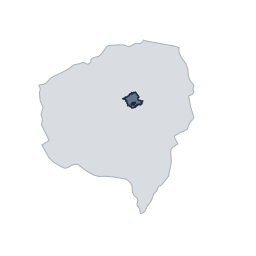 Shurugwi, Midlands, Zimbabwe (highlighted), rotated 241°
{"feature_id": "62879985B74735389049647", "entity_name": "Shurugwi", "entity_type": "district", "adm_level": 2, "iso_a3": "ZWE", "parent_name": "Zimbabwe", "parent_adm1": "Midlands", "projection": "natural_earth1", "projection_center": [30.229, -19.744], "detail": "fine", "context": "in_parent", "style": "filled", "palette": "slate", "viewbox_px": 256, "rotation_deg": 241, "n_neighbors": 0, "source": "geoboundaries", "source_scale": "gbopen_adm2", "svg_char_len": 4954}
<svg xmlns="http://www.w3.org/2000/svg" viewBox="0 0 256 256"><g transform="rotate(241 128 128)"><path d="M173.5,211.6L171.6,210.2L169.0,209.3L165.7,208.9L161.5,209.0L156.3,209.8L150.7,208.9L144.7,206.2L139.7,205.3L133.7,206.4L133.5,206.5L132.5,205.6L130.8,203.6L128.1,203.3L127.4,202.8L126.8,202.1L126.4,201.2L126.2,200.2L126.7,197.0L126.4,196.6L125.7,196.2L124.2,195.9L120.6,194.4L116.1,193.0L108.8,191.5L106.0,191.1L105.3,190.6L104.5,189.4L103.1,185.8L101.8,183.4L98.6,179.6L98.1,178.5L98.2,175.5L98.5,173.1L98.8,171.1L98.6,169.2L98.6,166.8L98.7,165.3L98.2,164.6L97.1,164.1L93.8,163.9L89.9,164.0L89.8,161.6L89.4,157.9L88.6,155.7L87.7,154.6L85.9,153.5L82.3,151.9L77.3,149.5L73.0,145.9L68.1,141.5L66.5,140.7L64.7,136.5L61.9,129.4L62.1,127.0L61.7,125.9L59.0,122.4L58.4,120.5L57.9,118.7L53.6,113.6L52.1,111.3L51.0,108.5L49.9,106.2L49.0,105.2L47.7,103.7L46.9,101.9L46.5,100.6L46.8,98.8L47.2,97.5L51.3,98.8L53.5,98.9L55.2,98.3L57.3,99.1L59.9,101.5L62.7,101.9L65.7,100.5L69.8,100.9L74.9,103.2L79.1,103.7L84.2,101.6L88.7,95.9L92.9,90.6L97.0,84.4L99.5,79.4L103.2,75.4L108.1,72.2L113.0,69.6L120.6,66.4L122.1,63.7L122.6,60.8L122.6,56.7L123.0,54.1L123.8,52.9L125.0,52.0L126.7,50.8L131.7,47.7L135.8,45.7L140.9,44.4L146.5,44.4L151.9,44.4L155.0,44.4L155.0,48.3L155.3,52.7L155.8,53.1L159.9,53.2L166.4,53.5L172.6,53.8L176.6,57.0L178.0,57.6L182.1,58.5L187.4,63.8L193.8,64.3L198.2,66.0L202.0,67.8L204.3,70.0L205.7,70.5L207.6,70.6L208.6,70.8L208.4,72.4L207.1,75.0L207.2,78.9L209.0,84.1L209.2,88.7L208.6,96.8L208.6,104.7L208.8,107.5L209.1,109.4L209.5,110.4L209.4,111.5L208.3,114.8L207.4,118.3L207.4,119.7L207.1,120.7L206.4,121.5L203.7,123.1L203.2,124.1L203.2,125.9L203.5,127.4L204.6,128.0L205.8,128.8L206.3,130.0L206.3,131.2L205.9,133.4L204.8,137.0L205.9,141.2L207.1,143.9L208.8,147.1L209.5,149.0L209.5,150.4L209.2,151.8L206.6,157.5L204.7,161.1L202.5,164.9L199.5,167.3L198.7,168.5L198.4,169.8L198.5,172.6L198.3,175.7L195.7,180.3L197.3,184.2L197.0,184.6L196.1,185.2L192.4,189.6L188.7,194.2L185.9,197.5L182.8,201.2L179.4,205.5L176.4,209.1L173.5,211.6Z" fill="#d9dde1" stroke="#a8b0b8" stroke-width="1"/><path d="M150.0,139.1L149.7,139.3L149.3,139.3L148.9,139.3L148.6,139.1L148.3,138.9L148.2,138.8L147.6,138.7L147.4,139.4L147.0,140.1L146.5,139.9L146.2,140.1L145.7,140.4L145.4,140.9L145.2,140.9L144.7,140.9L143.7,141.0L143.5,141.3L143.4,141.5L143.1,142.5L143.2,143.1L142.9,143.8L142.8,144.0L142.9,144.4L142.7,144.4L142.7,144.5L142.8,144.7L142.9,144.8L142.8,145.0L143.0,145.3L143.1,145.2L143.1,145.3L143.2,145.2L143.2,145.3L143.2,145.5L143.3,145.6L143.5,145.6L143.5,145.8L143.7,146.0L143.6,146.3L143.6,146.5L143.5,146.8L143.4,146.9L143.4,147.0L143.4,147.3L143.5,147.3L143.4,147.4L143.4,147.5L143.4,147.9L143.3,148.1L143.3,148.3L143.4,148.5L143.2,148.8L143.3,148.8L143.2,148.9L143.2,149.0L143.3,149.1L143.2,149.3L143.3,149.3L143.4,149.5L143.5,149.6L143.3,149.7L142.2,150.2L142.4,150.8L142.5,151.0L142.5,151.5L142.5,152.1L142.9,152.2L143.1,152.2L143.5,152.2L143.9,152.3L144.0,152.2L144.1,152.3L144.0,153.5L144.4,153.8L144.6,153.9L145.4,152.3L146.2,152.1L146.3,151.8L146.4,151.6L146.7,151.2L147.4,150.6L147.7,150.5L148.3,150.7L148.6,150.7L149.1,150.9L149.7,151.1L149.7,151.3L149.6,151.5L149.7,151.8L149.6,152.0L149.6,152.3L149.7,152.5L151.3,152.5L151.3,152.4L151.7,152.3L151.9,152.3L152.6,152.2L153.3,152.1L153.7,152.0L154.1,152.1L155.7,151.9L155.7,151.2L155.6,150.9L155.6,150.7L155.9,150.6L156.0,150.6L156.1,150.4L156.1,150.5L156.2,150.4L156.2,150.2L156.3,150.2L156.4,149.9L156.5,149.8L156.5,149.7L156.4,149.7L156.2,149.5L156.3,149.4L156.2,149.3L156.1,149.2L156.0,148.9L156.3,148.7L156.2,148.7L156.2,148.4L156.3,148.3L156.3,148.2L156.2,148.1L156.3,148.0L156.5,148.0L156.5,147.9L156.4,147.8L156.5,147.8L156.5,147.7L156.7,147.3L156.7,147.2L156.6,146.8L156.7,146.7L156.8,146.5L156.9,146.4L156.8,146.2L156.7,146.1L156.7,145.9L156.5,145.7L156.4,145.7L156.4,145.4L156.2,145.3L156.1,145.2L156.2,144.8L156.2,144.7L156.0,144.4L155.9,144.3L155.8,144.2L155.9,143.9L155.9,143.7L155.9,143.4L155.8,143.2L155.9,142.8L155.9,142.7L155.8,142.4L155.8,142.1L155.7,142.0L155.8,141.8L155.8,141.6L155.8,141.4L155.7,141.2L155.6,140.9L155.6,140.7L155.7,140.4L155.8,140.4L155.7,140.3L155.9,140.3L155.9,140.2L156.0,140.2L155.9,140.0L155.8,139.9L155.9,139.6L155.9,139.4L155.9,139.2L156.0,138.8L156.0,138.7L155.9,138.5L156.0,138.5L156.1,138.4L156.1,138.1L156.2,137.9L156.0,137.7L155.2,138.5L154.5,139.2L153.7,139.7L153.3,139.8L152.7,139.1L151.9,139.7L151.9,139.8L151.5,139.7L151.0,139.5L150.0,139.1ZM145.2,144.3L145.6,144.2L145.9,143.6L146.0,143.5L146.0,143.3L146.7,142.5L146.6,142.4L147.3,142.3L147.3,143.3L147.5,143.3L147.3,143.4L147.3,144.0L147.0,144.2L147.3,144.3L147.4,144.6L147.7,144.7L147.9,144.6L147.8,144.9L147.7,145.0L147.5,145.3L147.4,145.4L147.4,145.5L147.3,145.8L147.2,145.9L147.2,146.0L147.0,146.8L146.7,146.8L146.8,146.6L146.7,146.5L146.5,146.8L146.2,146.7L146.2,145.7L145.9,145.3L145.7,145.2L145.7,144.5L145.2,144.5L145.2,144.3Z" fill="#64748b" stroke="#1e293b" stroke-width="1.5"/></g></svg>